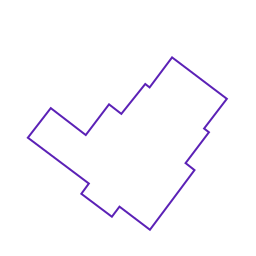 Vinton, Ohio, United States of America (Albers equal-area conic projection), rotated 123°
{"feature_id": "52423323B79986289007094", "entity_name": "Vinton", "entity_type": "district", "adm_level": 2, "iso_a3": "USA", "parent_name": "United States of America", "parent_adm1": "Ohio", "projection": "albers", "projection_center": [-82.511, 39.212], "detail": "fine", "context": "isolated", "style": "outline", "palette": "violet", "viewbox_px": 256, "rotation_deg": 123, "n_neighbors": 0, "source": "geoboundaries", "source_scale": "gbopen_adm2", "svg_char_len": 401}
<svg xmlns="http://www.w3.org/2000/svg" viewBox="0 0 256 256"><g transform="rotate(123 128 128)"><path d="M44.8,129.5L82.2,132.0L81.7,137.5L119.8,141.3L118.5,156.8L156.9,159.6L153.4,203.6L190.7,206.7L195.9,130.6L208.6,131.3L211.2,93.2L198.6,92.3L201.4,54.2L164.2,51.7L127.1,49.3L126.1,60.6L87.5,57.8L87.0,63.9L49.7,61.0L45.7,116.8L44.8,129.5Z" fill="none" stroke="#5b21b6" stroke-width="2"/></g></svg>